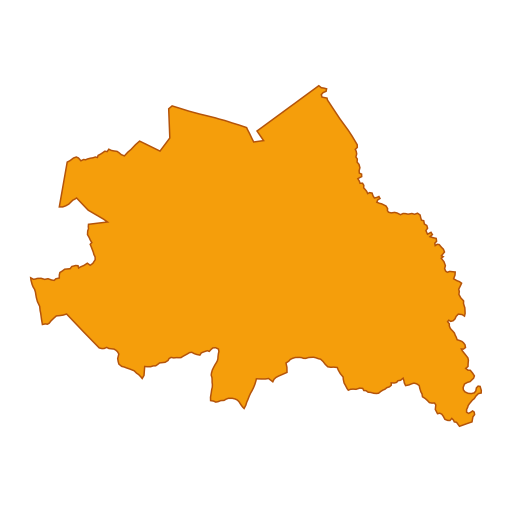 Nyeri Town, Central, Kenya
{"feature_id": "3690345B58692620094819", "entity_name": "Nyeri Town", "entity_type": "district", "adm_level": 2, "iso_a3": "KEN", "parent_name": "Kenya", "parent_adm1": "Central", "projection": "orthographic", "projection_center": [36.977, -0.417], "detail": "fine", "context": "isolated", "style": "filled", "palette": "amber", "viewbox_px": 512, "rotation_deg": 0, "n_neighbors": 0, "source": "geoboundaries", "source_scale": "gbopen_adm2", "svg_char_len": 6038}
<svg xmlns="http://www.w3.org/2000/svg" viewBox="0 0 512 512"><path d="M59.3,206.9L62.8,206.9L65.8,205.8L68.8,204.1L72.9,200.1L74.9,199.1L76.6,198.0L88.2,210.2L103.6,219.2L107.5,222.0L88.5,224.3L88.3,226.6L88.5,228.7L87.7,230.9L87.5,234.6L89.3,237.8L90.1,239.7L91.8,242.6L90.2,244.3L91.4,247.2L93.3,252.2L93.9,254.5L95.1,256.9L95.2,259.7L92.8,263.4L90.2,265.3L87.3,263.2L84.0,265.4L80.3,267.0L78.6,268.0L78.0,265.7L75.7,265.5L71.8,266.5L70.1,268.7L64.7,269.2L62.3,271.0L59.9,272.5L59.3,275.0L59.3,278.0L55.8,278.8L54.2,280.4L51.6,280.0L48.0,278.7L44.7,279.4L41.1,278.3L37.3,278.4L35.5,279.0L33.5,279.3L30.7,277.8L31.0,280.3L32.1,284.4L33.1,286.9L34.6,289.4L35.4,292.0L36.3,297.4L37.4,301.5L39.7,306.4L40.1,310.4L40.7,313.3L41.5,319.2L42.4,324.5L45.2,323.9L47.5,324.2L49.2,323.2L51.0,320.9L54.0,318.0L56.4,315.9L59.7,315.6L63.1,315.1L66.6,314.0L83.8,332.1L99.2,347.9L102.0,348.6L104.1,348.5L106.7,347.4L108.9,348.5L114.0,349.1L115.9,350.2L117.5,351.7L118.8,354.0L117.7,358.5L118.2,361.7L118.9,364.1L121.7,366.4L124.2,367.0L126.2,367.8L130.0,369.1L134.2,370.8L136.5,373.1L138.7,374.6L140.7,376.7L142.2,378.5L144.0,375.4L144.7,366.5L147.0,366.7L150.7,366.7L153.2,365.9L155.7,365.8L157.6,364.5L159.6,362.9L161.6,362.7L165.1,362.3L168.0,360.5L169.1,358.5L171.1,357.4L173.6,357.9L176.6,357.6L179.0,357.7L181.0,357.6L183.0,356.3L187.4,353.9L189.5,352.6L191.8,352.3L194.2,353.6L196.8,354.5L199.9,355.1L201.3,352.9L203.7,351.9L207.3,350.7L209.3,351.4L210.9,349.6L212.9,347.9L215.6,347.7L218.4,349.0L218.9,351.5L218.4,353.6L218.0,356.7L217.9,358.7L217.3,360.9L216.2,362.9L215.1,364.6L213.6,367.4L212.3,370.1L211.5,373.0L211.2,375.1L212.0,377.7L212.1,380.0L212.1,382.2L212.4,384.6L212.3,387.2L211.7,389.6L211.2,393.1L210.5,397.3L210.6,400.6L213.6,401.1L215.7,402.1L218.0,401.7L220.7,400.6L224.0,400.4L226.2,399.1L228.4,398.3L232.3,398.3L235.2,399.0L237.4,400.1L239.0,401.7L240.2,403.6L241.4,405.4L242.7,407.1L244.1,408.5L245.8,405.2L246.8,402.0L247.8,399.8L249.4,395.7L250.6,393.1L251.9,390.9L253.5,387.7L254.8,384.5L255.7,381.6L256.4,378.8L261.9,379.0L265.3,379.0L268.6,378.5L272.8,381.8L274.0,379.3L275.9,377.5L278.5,376.1L281.5,374.8L284.7,373.4L287.0,372.4L286.9,367.3L286.0,363.0L288.8,361.1L290.2,359.5L292.4,358.4L295.2,357.5L299.4,357.4L301.6,357.6L303.4,358.3L305.6,358.4L308.6,357.5L313.5,357.2L316.0,357.8L318.4,358.7L320.6,359.2L323.0,361.4L325.3,364.4L327.8,366.8L330.9,367.3L333.5,367.1L337.3,367.5L338.2,369.9L340.3,373.6L343.1,377.0L343.3,379.4L344.1,383.0L345.5,385.5L347.1,388.6L348.3,390.2L350.5,389.3L353.1,389.1L356.0,389.3L359.8,388.1L362.7,388.4L363.8,390.5L366.1,390.7L368.1,392.2L370.6,392.4L373.9,393.3L376.5,393.5L378.6,393.2L380.8,391.4L382.9,390.1L385.0,389.2L386.8,387.7L389.5,386.8L391.3,385.2L391.2,382.9L394.3,383.0L396.6,382.4L398.0,380.7L400.5,380.3L403.1,378.2L404.0,381.0L404.3,382.9L405.6,385.6L409.0,384.9L411.9,383.7L414.0,383.1L416.6,383.8L419.2,385.5L419.8,388.4L420.9,391.9L422.0,393.9L422.5,396.8L425.2,398.5L427.5,400.6L429.4,402.6L432.0,403.1L434.5,403.0L435.8,404.9L435.3,409.4L437.5,413.7L439.8,413.2L441.8,414.2L443.3,416.3L444.9,419.3L447.6,420.4L450.0,420.5L451.8,418.4L453.4,420.0L454.3,421.9L456.5,422.3L457.7,423.9L459.5,426.3L462.6,425.2L466.2,423.9L469.9,422.6L472.0,421.9L472.9,416.9L474.6,414.6L474.2,412.1L472.6,410.9L470.5,412.4L468.6,413.4L466.6,412.2L466.6,409.5L467.6,407.5L468.2,405.5L469.5,403.6L471.1,401.7L472.4,400.1L474.3,398.6L475.8,396.2L478.4,393.6L481.2,393.0L481.3,390.4L480.1,386.4L478.1,386.1L476.4,387.9L475.8,391.0L474.2,392.9L471.3,393.6L468.0,393.3L465.0,391.9L463.4,389.9L463.1,387.6L464.5,384.0L467.4,382.4L470.1,381.6L473.6,378.2L474.4,375.9L472.6,373.1L470.3,370.3L468.0,370.2L465.7,368.4L468.0,366.5L468.1,363.6L468.4,360.3L467.9,357.9L465.2,354.4L462.3,350.8L461.4,349.0L463.4,349.1L465.5,347.5L465.0,344.8L463.5,342.8L462.0,341.5L460.1,340.7L457.1,339.7L456.3,337.3L455.2,335.2L454.4,333.0L452.6,330.9L451.1,329.4L450.0,327.8L449.3,325.8L449.3,323.8L447.6,321.7L448.8,320.2L450.7,321.4L453.2,320.7L455.0,318.9L456.1,316.4L458.3,314.1L462.2,314.6L464.5,316.1L465.1,313.5L465.0,310.6L464.8,307.7L464.0,305.3L463.5,303.4L463.6,300.9L462.3,299.5L460.8,297.9L458.9,294.4L459.3,291.5L458.7,289.2L460.4,285.8L461.6,283.2L459.4,281.6L457.0,280.7L453.6,278.8L455.0,275.1L455.2,272.0L449.7,271.4L447.4,272.3L445.7,271.2L444.6,268.6L445.4,265.7L444.0,261.8L441.2,258.2L443.2,256.7L441.4,255.8L444.5,252.0L443.4,249.2L441.4,247.2L439.2,244.6L437.2,244.3L435.2,245.6L434.8,243.2L436.6,241.3L436.2,238.4L433.1,237.7L430.0,236.7L432.4,234.6L431.0,232.3L427.5,234.2L425.9,230.6L427.6,228.2L426.8,225.5L424.4,224.0L423.7,220.7L421.5,220.2L420.8,218.1L420.1,215.0L417.5,213.2L414.6,214.3L411.9,213.5L408.1,214.2L405.5,213.6L403.1,213.5L400.5,214.7L397.1,213.0L394.6,212.4L391.2,212.9L388.5,212.2L387.4,210.6L387.6,208.6L386.0,206.0L381.6,203.8L379.4,203.3L376.8,202.2L377.7,199.9L380.0,198.5L378.9,196.5L377.0,197.4L374.4,198.0L372.9,195.6L372.1,193.1L369.6,192.6L367.7,193.6L366.7,191.4L365.2,189.5L363.7,187.9L363.8,185.3L362.5,183.2L360.1,183.3L359.2,180.9L357.8,178.7L359.9,177.5L361.7,176.6L361.6,174.1L359.4,173.2L359.1,170.9L359.9,167.7L359.0,164.4L357.1,162.1L357.3,159.0L355.9,157.0L356.7,153.9L356.2,151.3L355.3,149.4L357.3,147.4L357.2,144.7L352.2,136.3L348.2,130.2L339.8,118.7L327.5,100.1L327.0,98.1L322.0,97.1L321.3,94.6L323.1,92.6L326.1,91.3L326.6,88.8L323.9,88.1L321.3,87.7L318.8,85.7L257.0,131.0L263.6,140.6L253.7,142.0L252.1,138.9L249.7,133.8L247.5,129.6L246.6,127.6L239.0,125.0L232.0,122.9L228.5,121.7L224.8,120.5L218.6,118.9L215.5,117.9L212.3,117.1L206.2,115.6L199.5,114.0L189.1,111.2L178.6,107.9L172.1,105.9L168.7,108.8L169.8,138.0L160.0,151.1L147.6,145.0L139.6,141.1L135.5,144.7L131.0,149.5L127.9,152.1L124.4,155.9L121.2,154.6L119.0,152.7L117.1,151.4L113.7,150.9L111.2,150.4L108.8,149.2L107.2,151.6L104.8,151.2L102.6,152.8L100.4,154.2L98.1,155.4L97.4,157.5L95.4,157.0L93.0,157.8L90.4,158.2L87.7,158.9L85.5,159.8L83.6,159.5L80.9,160.8L78.5,158.0L76.3,157.0L73.5,158.0L69.9,160.7L67.2,162.1L59.3,206.9Z" fill="#f59e0b" stroke="#b45309" stroke-width="1.5"/></svg>